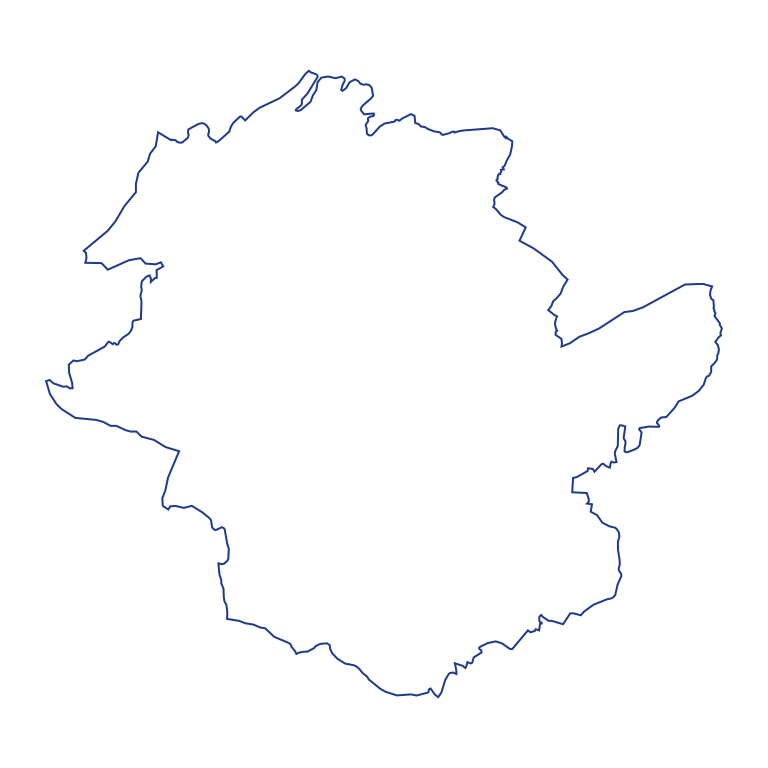 Bughea De Jos, Arges, Romania (Mercator projection)
{"feature_id": "2599482B13114483704402", "entity_name": "Bughea De Jos", "entity_type": "district", "adm_level": 2, "iso_a3": "ROU", "parent_name": "Romania", "parent_adm1": "Arges", "projection": "mercator", "projection_center": [24.999, 45.275], "detail": "fine", "context": "isolated", "style": "outline", "palette": "blue", "viewbox_px": 768, "rotation_deg": 0, "n_neighbors": 0, "source": "geoboundaries", "source_scale": "gbopen_adm2", "svg_char_len": 6067}
<svg xmlns="http://www.w3.org/2000/svg" viewBox="0 0 768 768"><path d="M438.2,697.2L441.4,692.5L445.3,679.8L448.6,674.2L449.9,673.0L452.9,672.5L456.4,674.0L456.3,670.4L454.9,663.3L462.6,665.8L465.3,668.0L466.4,666.1L467.5,662.1L470.6,663.5L472.3,662.6L473.7,657.4L481.6,652.5L481.2,650.1L479.5,649.2L479.1,648.3L479.4,647.2L487.9,643.0L495.7,641.4L502.2,643.5L510.0,649.0L512.2,649.1L527.9,630.4L530.5,632.3L534.7,631.0L535.7,629.2L539.1,630.4L540.0,624.0L541.6,623.5L541.6,622.6L540.2,622.2L539.4,621.1L539.2,618.0L539.7,616.2L541.4,615.0L542.5,616.7L548.8,620.9L551.9,620.9L563.0,624.2L570.3,613.3L573.4,613.3L580.8,615.3L583.9,611.7L593.5,604.7L606.7,599.4L611.3,598.4L613.2,597.3L615.2,595.2L617.6,584.5L621.4,575.9L621.0,573.4L619.3,571.3L618.6,569.0L619.7,564.7L619.7,560.7L618.0,549.8L617.9,542.1L619.4,536.5L618.8,532.2L616.7,529.0L615.1,527.7L609.3,526.3L602.4,522.7L597.0,515.1L590.7,511.7L592.0,504.3L587.0,503.6L588.7,501.7L588.7,498.9L586.8,493.0L572.2,492.3L573.1,478.0L576.9,477.0L587.6,471.0L588.1,468.3L592.8,468.9L594.5,471.7L601.5,464.2L603.3,463.8L606.1,466.1L609.8,467.7L610.6,463.4L611.4,461.7L613.8,462.5L616.5,462.0L614.9,454.4L614.9,451.8L617.8,445.9L618.2,428.9L619.8,425.3L621.7,425.3L625.3,426.5L623.6,438.2L625.5,441.3L625.4,444.0L624.7,447.3L624.6,451.4L626.1,452.2L628.1,452.0L634.2,449.6L637.7,447.8L639.6,445.2L641.6,432.5L639.1,429.2L639.7,428.1L648.5,426.6L658.8,426.8L659.2,426.4L658.5,424.8L656.9,422.9L657.1,421.7L658.8,419.4L661.2,417.5L666.3,417.0L674.6,407.8L678.6,401.4L692.3,395.7L698.9,390.8L703.7,384.7L705.8,378.3L707.0,376.5L709.2,375.6L710.4,373.4L711.2,371.6L711.2,366.4L714.5,363.1L716.9,359.8L717.4,355.0L718.3,353.4L718.9,349.6L718.0,345.3L715.3,341.8L718.8,337.1L720.9,335.5L720.4,332.8L721.9,328.5L719.8,324.8L719.8,323.2L714.4,315.9L715.2,314.6L715.4,313.0L714.2,311.0L714.4,309.8L713.5,308.2L713.9,306.7L713.4,300.3L711.2,298.7L710.0,294.6L710.5,290.6L712.1,286.4L703.0,283.9L685.0,284.5L643.0,307.3L632.8,311.0L624.3,312.1L599.2,328.4L588.2,333.5L579.5,336.7L570.0,343.2L561.5,346.6L562.0,343.1L561.4,338.8L555.6,334.9L555.7,331.6L557.2,330.7L556.2,329.0L555.0,324.6L555.3,321.3L557.0,316.2L554.6,315.2L548.2,310.1L551.2,306.3L553.4,300.9L556.1,298.8L560.6,293.6L563.2,286.8L567.6,279.6L562.5,274.9L552.1,261.8L533.8,248.5L519.5,240.7L525.7,227.4L517.7,222.4L504.1,217.1L501.0,215.0L495.8,209.0L493.2,207.0L494.4,204.5L494.5,202.3L494.1,200.7L494.3,198.6L495.0,197.3L502.2,192.2L504.1,189.9L507.0,188.6L506.4,187.4L498.4,184.1L498.1,183.5L498.4,182.5L496.5,180.8L496.5,180.1L497.8,178.7L497.5,177.2L498.4,174.4L500.3,174.1L500.3,172.9L501.3,171.6L501.0,169.8L503.8,169.4L502.7,167.2L504.6,165.9L506.6,160.8L510.1,154.7L512.0,146.2L512.3,141.3L508.2,138.8L506.0,136.5L505.2,136.6L505.3,137.6L504.1,136.5L500.3,130.4L492.7,128.2L464.3,130.4L459.6,131.0L454.6,132.5L454.3,131.7L452.6,131.6L449.3,133.2L442.9,134.9L441.6,134.5L440.8,133.1L439.6,132.3L434.0,131.3L427.7,128.9L425.0,127.1L421.0,126.5L418.6,124.0L415.3,123.0L414.5,115.8L410.9,114.1L402.2,118.5L399.4,120.7L396.7,119.7L395.4,120.2L394.4,121.7L384.7,123.5L379.9,126.5L372.5,134.6L371.0,135.4L368.6,135.2L366.9,133.6L366.6,128.5L365.6,125.0L368.2,121.0L367.9,118.7L368.2,118.1L370.2,116.6L373.4,116.0L374.1,114.6L373.9,113.7L372.9,113.5L364.2,114.3L361.5,111.1L360.8,109.7L360.8,108.5L362.7,105.6L370.8,98.6L373.1,95.9L371.6,87.5L369.0,84.9L366.0,84.3L363.4,84.8L360.4,83.7L358.2,81.0L355.0,79.4L349.6,82.2L346.3,87.9L342.6,90.9L341.4,90.2L341.3,89.3L342.5,85.1L344.6,81.1L344.7,79.6L344.6,78.6L342.4,77.0L341.6,76.6L335.6,78.2L328.0,76.5L321.3,77.7L317.6,82.2L316.3,90.1L312.9,95.4L310.5,101.8L300.8,110.1L298.0,111.0L295.8,110.4L296.0,109.4L301.3,105.2L302.0,102.8L301.7,100.7L302.2,99.3L307.4,93.6L317.6,77.0L317.4,75.5L316.7,74.5L310.5,72.2L308.8,70.8L305.2,74.1L298.7,83.1L295.4,86.2L279.7,98.2L259.5,107.8L253.5,112.2L245.2,120.4L241.5,116.6L240.1,116.5L233.5,122.6L231.0,126.5L229.3,131.6L219.1,140.7L216.1,142.5L215.3,141.2L210.4,138.5L208.4,135.9L208.2,133.9L208.8,133.0L209.0,130.6L208.7,128.5L206.2,125.1L203.4,123.3L201.3,123.2L198.2,124.1L188.8,129.1L188.2,129.9L187.9,132.6L188.7,134.9L187.8,137.8L182.2,142.5L180.2,142.7L177.5,142.1L175.5,140.2L171.7,139.7L171.1,140.2L158.1,132.3L155.7,146.3L150.1,153.7L147.7,161.6L138.4,172.8L135.9,183.9L135.9,192.2L124.4,206.1L115.4,221.4L107.7,230.8L83.7,250.8L86.0,252.9L86.5,258.2L85.3,262.8L101.5,263.1L107.8,269.7L129.0,260.2L140.5,258.2L145.6,263.6L155.8,264.3L160.9,262.3L163.2,266.4L156.6,270.1L156.8,277.8L154.9,278.1L150.8,282.0L150.9,278.7L149.6,275.4L146.4,276.7L141.9,281.2L141.1,286.3L141.8,290.0L140.4,296.0L141.5,301.7L140.9,319.0L133.4,320.7L132.5,322.4L132.4,327.3L130.8,331.1L128.6,333.8L123.0,337.5L119.4,341.3L118.2,344.3L116.7,344.8L114.8,343.1L113.8,343.1L112.7,344.2L109.5,341.8L108.3,341.9L104.8,346.5L88.2,355.7L84.8,359.5L77.1,361.2L73.4,360.5L68.8,364.7L69.1,372.7L72.1,382.9L72.6,388.2L70.0,388.4L66.8,386.4L63.1,386.7L53.4,383.3L49.6,380.0L46.1,381.1L49.9,393.9L56.3,403.9L61.6,409.1L75.3,417.9L96.1,419.9L103.5,422.0L110.6,425.9L116.4,425.9L125.7,430.2L130.9,431.6L136.4,431.5L141.5,436.6L153.9,439.9L165.6,447.1L179.1,451.2L168.0,477.7L165.3,490.6L162.3,498.3L162.8,505.9L168.3,509.5L170.3,506.3L175.9,506.0L183.9,507.9L191.8,505.8L202.4,512.4L209.4,518.1L211.0,520.2L212.1,527.2L213.6,529.2L215.7,530.1L221.9,527.2L223.7,528.1L224.7,529.4L227.3,544.1L228.8,548.7L228.3,558.9L227.3,560.9L223.9,563.8L222.1,564.2L218.4,563.4L219.5,574.7L221.4,580.5L221.2,583.1L223.5,588.7L223.8,596.9L224.5,601.6L226.4,604.8L227.3,612.2L227.1,618.9L239.3,620.9L245.0,623.2L253.5,624.6L260.2,627.5L265.2,628.3L274.3,636.9L288.9,643.0L290.6,644.3L291.6,646.9L294.8,650.8L296.4,653.9L298.8,652.7L303.7,651.7L307.6,651.6L313.9,648.2L316.0,645.9L320.3,643.9L327.0,643.3L329.7,645.1L330.1,648.8L332.1,653.1L337.2,658.6L345.2,663.6L353.6,665.2L356.2,666.3L359.4,669.0L362.6,673.0L367.1,676.6L368.8,679.5L380.3,688.8L385.3,691.7L396.8,695.4L411.0,694.4L416.7,695.5L427.7,692.6L428.4,692.2L429.0,689.3L430.5,688.5L435.1,694.7L438.2,697.2Z" fill="none" stroke="#1e3a8a" stroke-width="2"/></svg>